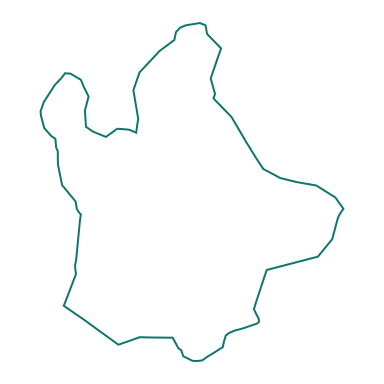 outline of Dhamar City, Dhamar, Yemen
{"feature_id": "15242507B10067021496798", "entity_name": "Dhamar City", "entity_type": "district", "adm_level": 2, "iso_a3": "YEM", "parent_name": "Yemen", "parent_adm1": "Dhamar", "projection": "robinson", "projection_center": [44.393, 14.606], "detail": "fine", "context": "isolated", "style": "outline", "palette": "teal", "viewbox_px": 384, "rotation_deg": 0, "n_neighbors": 0, "source": "geoboundaries", "source_scale": "gbopen_adm2", "svg_char_len": 2012}
<svg xmlns="http://www.w3.org/2000/svg" viewBox="0 0 384 384"><path d="M184.7,25.8L180.2,27.6L176.0,32.1L175.1,36.3L174.4,39.9L171.1,42.4L159.4,51.1L156.6,54.2L148.7,62.6L139.5,72.4L133.4,90.2L138.2,118.7L137.1,125.9L136.2,132.7L129.1,129.7L122.6,129.1L117.2,128.8L105.9,136.9L93.1,131.7L86.0,126.8L84.9,110.6L88.6,96.5L84.0,87.3L80.9,79.8L70.4,73.6L65.0,73.3L61.9,77.5L54.8,85.0L43.7,102.2L40.6,111.3L40.9,115.5L44.3,128.1L51.1,135.9L55.4,138.8L55.7,142.7L56.2,147.6L57.8,151.3L57.9,162.7L57.9,164.2L62.1,185.1L75.6,201.5L76.8,208.9L79.0,212.5L80.8,214.3L79.9,221.0L77.7,243.7L76.2,259.4L75.0,266.0L75.8,273.0L75.9,274.3L75.1,276.4L68.3,294.2L63.8,305.8L77.8,315.5L78.0,315.6L84.4,320.0L99.2,330.8L115.2,342.4L118.4,344.7L128.2,341.3L139.7,337.2L151.5,337.5L172.7,337.7L175.8,343.4L176.5,344.8L176.7,345.1L177.9,347.4L178.3,348.1L179.5,349.0L181.1,350.2L181.3,350.4L181.5,351.1L181.6,351.4L181.7,351.6L181.8,351.9L182.3,353.3L182.7,354.7L183.2,356.2L184.2,356.7L184.6,356.9L190.8,360.0L192.1,360.6L192.5,360.9L193.9,360.9L197.1,361.0L199.6,360.7L202.3,360.4L207.2,356.8L214.5,352.4L222.8,347.1L223.4,344.1L223.8,342.3L224.0,341.6L224.2,340.8L225.6,336.1L225.8,335.5L229.1,333.0L234.9,330.5L240.4,329.1L242.9,328.4L247.9,326.7L257.1,323.5L258.7,322.2L258.9,320.7L259.0,320.2L258.7,319.3L258.5,318.2L256.5,314.5L255.7,312.9L254.0,309.3L253.9,309.0L253.8,308.7L254.2,308.3L254.7,306.7L255.9,302.7L257.8,296.9L258.7,294.2L260.4,289.1L261.4,285.8L261.6,285.3L264.4,276.9L266.7,270.0L267.1,269.9L277.3,267.2L309.6,258.8L317.9,256.7L332.3,239.1L335.6,226.4L338.0,217.7L340.2,213.4L343.4,208.8L335.2,197.3L330.1,194.2L327.9,192.8L316.3,185.5L296.0,182.0L295.1,181.7L294.3,181.5L281.7,178.4L281.4,178.3L281.2,178.3L280.3,178.1L274.6,175.0L263.3,169.0L255.9,157.7L247.8,144.6L246.4,142.4L243.5,137.4L231.6,117.1L213.5,98.5L215.0,93.8L210.7,78.5L217.8,57.6L218.7,55.2L221.1,48.4L210.1,37.1L207.1,34.0L205.5,25.3L202.8,24.2L199.8,23.0L197.7,23.4L185.9,25.3L184.7,25.8Z" fill="none" stroke="#0f766e" stroke-width="2"/></svg>